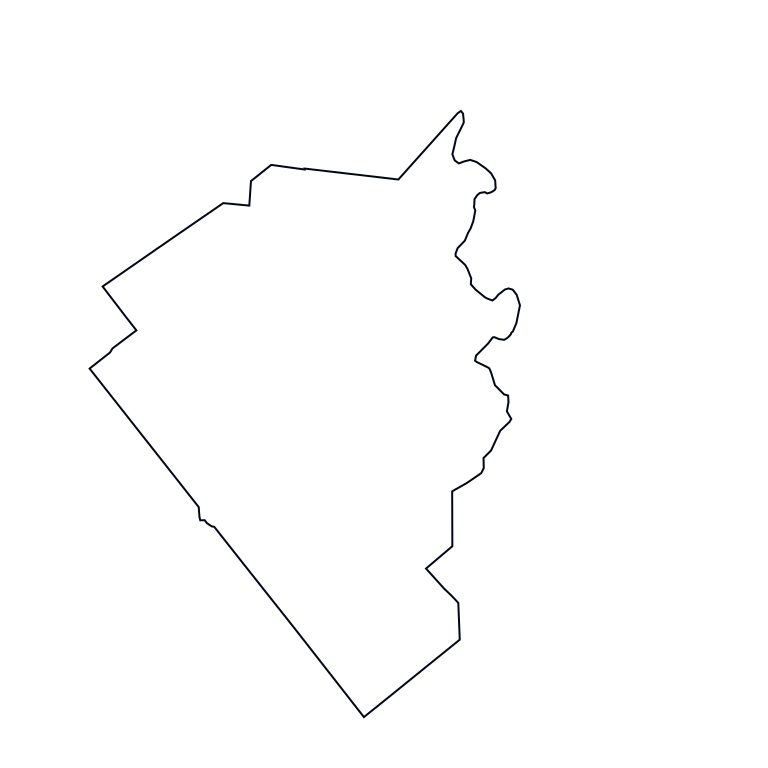 Foni Bondali, West Coast, Gambia (orthographic projection), rotated 52°
{"feature_id": "56634734B65915930660736", "entity_name": "Foni Bondali", "entity_type": "district", "adm_level": 2, "iso_a3": "GMB", "parent_name": "Gambia", "parent_adm1": "West Coast", "projection": "orthographic", "projection_center": [-15.934, 13.231], "detail": "fine", "context": "isolated", "style": "outline", "palette": "ink", "viewbox_px": 768, "rotation_deg": 52, "n_neighbors": 0, "source": "geoboundaries", "source_scale": "gbopen_adm2", "svg_char_len": 1737}
<svg xmlns="http://www.w3.org/2000/svg" viewBox="0 0 768 768"><g transform="rotate(52 384 384)"><path d="M469.5,293.3L466.1,295.8L453.3,297.3L440.5,292.4L436.5,291.4L435.0,291.9L425.1,296.7L423.7,297.4L421.7,297.9L418.3,293.9L416.2,277.1L414.2,269.6L415.2,268.1L419.6,265.6L423.1,262.1L423.6,259.6L423.5,256.7L423.0,253.7L422.0,252.2L422.0,250.2L417.6,242.3L405.7,228.4L396.4,224.9L395.3,224.5L392.3,224.5L388.9,224.5L385.4,227.0L384.0,230.5L384.0,238.9L385.0,243.2L385.0,247.1L380.1,250.1L377.6,251.1L366.3,253.7L358.9,254.2L354.4,250.2L344.5,247.3L340.6,246.8L339.6,246.8L327.3,248.8L325.3,247.3L322.3,242.4L320.8,232.0L316.8,225.0L314.8,220.1L310.8,213.6L307.9,210.2L303.4,205.2L299.9,204.2L298.0,202.2L294.0,198.8L292.5,193.8L292.5,190.8L294.9,186.4L297.4,185.4L298.9,181.4L299.3,177.4L298.4,175.4L295.4,173.4L293.4,172.0L291.7,170.9L291.5,171.0L283.9,169.9L276.5,171.2L266.0,174.4L260.5,178.1L258.0,183.7L256.2,189.3L251.3,190.6L245.1,188.7L240.7,183.1L234.6,175.7L229.6,165.2L227.1,160.2L224.6,158.4L221.5,156.5L219.7,155.3L217.2,155.3L216.2,155.3L216.0,159.3L231.7,246.8L165.3,314.0L166.1,314.5L141.9,338.0L142.2,363.9L160.5,380.3L142.5,399.3L140.4,433.5L137.6,480.8L133.9,545.7L173.0,546.1L189.3,546.1L188.8,576.0L190.5,580.5L190.6,604.8L190.6,606.5L287.3,606.1L363.3,605.8L367.0,605.8L371.4,608.8L375.4,611.4L378.3,612.7L380.9,609.2L384.7,609.2L387.2,608.4L390.3,607.3L391.9,605.7L434.6,605.5L523.7,604.9L634.1,604.9L633.7,575.8L632.8,524.4L632.1,481.7L602.2,460.2L592.4,461.1L582.4,462.6L555.3,464.5L553.9,430.0L510.6,396.4L511.0,393.2L513.0,379.6L514.1,362.2L511.7,357.2L503.6,351.1L502.3,340.5L492.4,321.3L491.1,308.3L489.9,305.2L481.2,304.0L475.0,297.1L469.5,293.3Z" fill="none" stroke="#020617" stroke-width="2"/></g></svg>